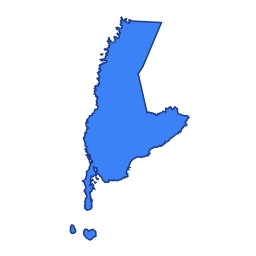 the district of East Makira, Makira, Solomon Islands, rotated 88°
{"feature_id": "97153195B75275546340681", "entity_name": "East Makira", "entity_type": "district", "adm_level": 2, "iso_a3": "SLB", "parent_name": "Solomon Islands", "parent_adm1": "Makira", "projection": "albers", "projection_center": [162.088, -10.683], "detail": "fine", "context": "isolated", "style": "filled", "palette": "blue", "viewbox_px": 256, "rotation_deg": 88, "n_neighbors": 0, "source": "geoboundaries", "source_scale": "gbopen_adm2", "svg_char_len": 5960}
<svg xmlns="http://www.w3.org/2000/svg" viewBox="0 0 256 256"><g transform="rotate(88 128 128)"><path d="M23.8,90.9L21.2,120.7L20.3,121.6L20.5,122.1L19.9,123.1L21.1,123.3L22.4,122.5L23.3,123.0L21.7,126.5L18.7,125.8L18.9,126.9L20.7,128.2L19.7,129.4L18.3,129.8L17.4,130.5L17.8,130.6L17.7,131.0L19.5,130.5L20.6,131.6L21.7,131.6L22.0,130.9L23.1,130.8L24.0,132.1L25.5,131.2L25.7,130.3L26.8,130.4L28.1,131.2L28.3,131.9L28.1,132.9L27.0,134.5L27.5,135.0L27.3,136.2L28.9,135.8L29.2,134.4L30.6,133.0L31.5,133.6L33.0,132.3L33.9,132.8L33.7,134.3L32.9,135.3L33.4,135.7L35.3,134.1L37.0,133.5L38.3,135.3L36.7,136.6L36.1,138.4L36.6,138.8L39.4,137.6L41.4,138.4L42.1,140.2L41.4,142.3L40.2,142.1L39.0,143.5L37.3,143.7L37.4,144.3L38.3,143.9L39.3,144.5L39.9,144.2L40.6,145.4L41.2,144.4L42.2,144.7L42.4,144.0L43.0,144.0L43.4,143.3L44.5,143.4L45.0,144.4L45.5,143.8L46.6,143.6L47.0,145.0L47.6,145.3L47.5,145.8L48.5,145.9L48.7,147.3L48.0,147.9L48.4,148.8L49.1,148.5L49.2,146.5L50.5,144.7L51.7,145.5L51.7,146.7L52.6,146.6L52.8,147.5L53.3,147.7L53.8,146.1L54.3,146.0L55.6,148.1L56.8,148.0L57.6,148.6L58.6,150.6L58.3,151.6L58.7,153.1L59.3,152.3L59.9,152.4L59.6,147.5L60.7,146.6L62.2,148.7L61.8,149.3L62.5,150.0L62.2,150.7L63.3,151.1L63.1,152.3L63.9,152.7L63.7,153.7L64.5,154.5L65.1,154.0L66.5,154.0L67.7,155.0L68.8,154.6L68.7,153.5L69.7,153.1L70.8,154.4L70.8,155.4L71.6,155.4L71.8,156.4L76.1,154.5L76.7,155.4L77.8,155.6L77.1,156.7L77.6,157.2L79.4,155.4L80.0,155.7L80.9,155.0L82.5,155.1L83.2,155.5L82.9,156.3L85.0,156.0L85.1,156.8L84.3,158.3L84.7,159.0L85.4,159.6L86.2,159.1L87.2,160.1L87.9,158.6L88.7,158.3L89.4,159.6L89.2,160.1L90.8,160.4L92.2,159.7L92.8,160.3L92.9,159.4L95.2,159.0L95.1,157.9L95.6,157.3L96.2,157.5L96.5,158.3L97.9,157.3L99.5,158.7L101.0,158.0L101.6,158.6L102.4,157.9L103.6,158.9L105.2,157.4L106.9,157.5L108.3,158.4L108.2,160.3L112.0,161.7L112.2,163.2L113.0,163.2L114.5,164.3L114.4,165.9L116.5,166.7L118.7,169.1L119.5,169.0L120.0,167.8L120.5,167.7L121.1,169.9L125.0,169.5L126.6,167.8L126.9,168.7L129.1,169.8L131.1,169.8L131.4,171.2L132.2,170.6L133.1,171.4L134.3,171.2L136.1,172.6L136.7,172.3L136.7,172.7L140.1,171.9L141.7,171.0L142.2,171.5L142.9,171.1L144.2,171.6L145.6,169.3L147.6,171.7L148.5,169.9L149.2,170.0L149.7,171.0L150.3,170.7L150.7,169.3L151.2,169.6L152.1,168.8L153.2,169.6L153.6,170.7L154.1,170.4L153.7,168.8L154.2,167.4L153.5,167.2L153.2,168.2L153.4,167.0L154.7,166.5L155.7,167.1L157.0,166.4L158.1,166.6L159.4,164.8L160.9,164.5L161.3,165.0L161.2,166.5L162.0,166.5L161.5,167.2L161.9,167.3L162.5,166.7L164.2,167.0L164.9,167.7L168.2,168.5L170.1,170.9L173.9,171.0L177.4,172.3L178.8,173.5L179.3,175.2L181.3,173.5L186.1,172.0L187.2,172.2L188.1,173.4L188.9,173.4L189.4,174.0L190.6,173.4L190.7,172.5L192.7,172.7L193.7,171.5L195.0,171.4L195.9,171.7L196.9,173.0L197.9,172.7L200.2,173.8L201.9,173.2L204.2,174.2L205.1,173.5L206.2,174.1L207.2,173.6L208.7,171.7L207.9,168.4L206.7,167.2L205.3,166.8L204.8,167.3L204.0,167.1L204.1,167.9L203.8,166.9L201.1,166.9L200.2,167.9L199.7,167.5L199.7,166.5L199.2,166.2L198.3,166.7L198.5,167.1L198.2,166.8L197.7,167.2L197.7,167.8L197.1,167.4L196.4,167.5L196.1,168.1L195.2,167.7L192.4,168.6L191.5,167.7L190.7,168.4L189.9,166.4L188.2,166.2L187.3,165.2L186.1,165.4L184.0,164.5L183.1,164.8L182.6,165.6L184.3,168.2L184.1,169.1L184.1,168.3L182.6,166.9L180.9,167.5L180.4,166.5L179.0,167.3L178.5,166.8L178.1,167.3L174.8,166.2L175.6,165.5L174.3,162.8L174.5,161.5L173.7,161.3L173.1,161.9L171.6,161.6L168.7,163.3L167.6,162.9L167.4,163.5L165.7,163.9L166.8,160.6L168.1,161.1L168.9,160.1L169.8,161.2L172.2,160.8L174.0,158.2L175.1,157.7L175.5,156.5L179.0,155.2L181.6,152.9L181.2,151.4L181.6,149.8L180.7,149.3L180.5,148.6L179.5,149.0L179.1,148.8L180.1,145.4L179.9,144.6L179.2,144.1L180.2,142.7L179.9,140.6L180.3,139.8L179.6,138.8L179.2,136.1L177.5,135.0L177.9,133.0L176.7,132.8L176.8,130.1L176.1,129.7L174.8,130.3L174.0,129.8L173.6,130.7L172.7,130.9L172.6,131.4L171.8,130.8L169.9,130.7L169.0,129.7L169.3,128.7L167.9,129.6L167.2,129.0L167.2,128.0L166.9,128.4L165.2,128.3L163.9,127.3L162.5,127.0L160.4,125.1L158.9,123.3L157.0,119.2L157.9,115.3L157.3,115.0L157.1,112.1L156.3,110.8L156.6,109.3L155.7,109.3L155.8,108.2L154.8,108.1L154.2,106.9L152.7,107.8L151.7,107.6L149.4,105.5L148.8,103.4L147.7,102.4L148.2,101.8L148.3,100.6L147.6,97.9L146.6,97.2L147.4,95.8L147.2,95.1L146.6,94.9L145.7,92.7L144.8,92.7L144.5,91.4L143.3,91.7L142.8,90.6L143.3,89.7L142.2,87.8L141.5,87.0L140.6,86.8L137.3,81.8L136.4,81.2L135.2,78.1L133.9,78.0L133.7,77.4L134.3,76.3L133.2,76.0L132.9,74.9L130.4,74.3L130.1,73.6L129.3,73.2L129.4,72.7L128.8,72.7L128.1,71.5L127.6,71.6L127.7,69.8L127.3,69.3L126.3,69.2L124.5,70.6L123.4,70.5L122.7,68.9L121.3,68.5L119.4,66.7L117.8,68.7L117.4,73.0L116.3,74.5L115.8,77.0L114.9,77.7L111.3,78.2L110.8,77.8L108.5,80.4L111.3,83.1L108.7,84.3L108.4,85.0L108.6,85.9L110.2,87.4L109.5,89.2L109.9,89.8L111.1,89.4L113.4,89.8L112.5,92.4L114.0,94.1L114.3,95.9L115.2,96.3L114.6,97.5L116.5,98.9L116.4,99.8L115.0,100.0L114.5,102.3L113.6,103.5L113.5,104.0L114.2,104.7L112.9,106.4L113.4,106.6L112.8,108.2L113.1,108.5L74.3,115.9L66.7,110.8L23.8,90.9ZM238.6,170.0L237.9,168.2L235.9,166.2L234.9,163.8L230.7,163.8L229.0,165.2L228.1,166.8L228.4,168.4L229.7,170.8L228.1,172.1L227.6,174.4L229.3,175.6L230.9,176.0L232.8,175.9L236.2,173.6L238.6,170.0ZM231.4,186.5L230.5,184.5L229.8,184.0L228.4,184.0L223.8,185.9L223.1,186.7L223.0,187.7L224.3,188.7L228.9,189.3L230.7,188.5L231.3,187.7L231.4,186.5ZM158.8,167.8L157.7,167.1L157.7,167.4L156.2,167.2L155.5,168.0L155.0,167.8L155.3,169.0L156.1,169.3L158.8,167.8ZM178.4,159.8L177.7,159.6L177.8,160.7L176.4,161.3L176.4,161.7L177.9,161.0L178.4,159.8ZM54.1,151.7L53.7,150.9L53.3,150.8L53.1,151.9L53.6,152.6L54.1,151.7ZM160.9,165.8L160.8,165.3L160.3,165.5L160.5,166.7L160.9,165.8ZM179.3,165.1L178.7,164.7L178.2,165.1L178.9,165.6L179.3,165.1ZM181.7,162.9L181.4,162.1L180.9,162.9L181.2,162.7L181.4,162.7L181.1,163.1L181.7,162.9ZM187.6,164.2L187.8,163.6L187.0,164.0L187.6,164.2Z" fill="#3b82f6" stroke="#1e3a8a" stroke-width="1.5"/></g></svg>